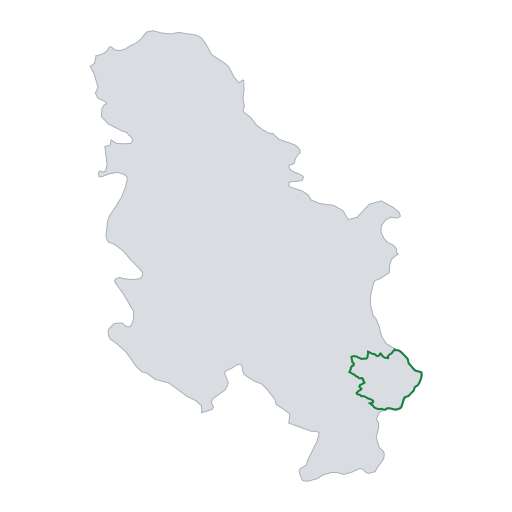 Republic of Serbia, with Pirotski highlighted
{"feature_id": "SRB-121", "entity_name": "Pirotski", "entity_type": "District", "adm_level": 1, "iso_a3": "SRB", "parent_name": "Republic of Serbia", "parent_adm1": "", "projection": "albers", "projection_center": [22.387, 43.137], "detail": "fine", "context": "in_parent", "style": "outline", "palette": "green", "viewbox_px": 512, "rotation_deg": 0, "n_neighbors": 0, "source": "natural_earth", "source_scale": "10m", "svg_char_len": 7515}
<svg xmlns="http://www.w3.org/2000/svg" viewBox="0 0 512 512"><path d="M289.1,186.7L302.2,191.0L308.2,195.0L311.3,200.1L319.7,203.6L333.4,205.3L342.9,210.6L348.2,219.5L357.0,217.4L369.2,204.3L381.1,200.9L392.8,207.1L399.2,212.3L400.3,216.3L397.6,218.0L391.0,217.2L385.7,219.8L381.5,225.5L380.9,231.7L383.8,238.3L388.0,242.8L393.4,245.2L396.3,248.6L396.7,253.0L398.1,254.2L395.0,256.2L391.7,259.2L389.8,264.4L389.3,272.7L378.8,279.3L374.9,280.5L373.1,284.8L370.3,297.0L370.7,306.2L372.1,310.9L372.8,314.7L376.2,319.4L379.3,326.6L381.4,336.1L386.0,343.4L397.8,350.6L403.6,354.8L408.0,360.9L411.3,366.4L421.1,373.7L420.4,378.9L418.3,384.0L416.1,386.4L411.2,393.0L406.5,396.8L398.7,408.4L386.4,409.1L383.4,410.0L378.8,413.2L376.5,419.0L378.7,423.6L378.5,428.3L376.2,437.5L379.2,447.3L383.6,451.7L384.3,454.3L383.6,458.9L377.0,468.2L375.1,471.7L368.5,473.4L366.2,472.5L362.8,469.3L359.7,468.4L351.9,472.1L343.9,474.4L337.6,472.6L331.4,472.4L327.1,473.9L323.9,474.5L317.5,478.5L307.3,481.3L302.6,480.6L300.8,476.8L299.0,471.4L299.9,468.9L306.7,464.7L307.5,460.7L317.1,441.1L318.9,434.7L319.0,432.7L316.6,431.3L311.4,431.3L288.8,423.1L289.9,413.9L283.3,409.0L276.2,404.5L275.0,399.6L267.2,389.5L261.5,383.9L254.1,381.0L247.7,376.9L243.9,374.3L242.3,369.7L242.4,366.9L240.5,364.2L237.4,364.5L232.1,368.0L225.6,371.1L224.5,373.3L226.7,378.9L228.3,382.4L227.4,385.7L225.3,389.8L212.7,398.8L211.2,402.0L213.5,407.2L211.9,409.6L201.4,412.8L201.8,409.9L201.3,405.4L195.4,400.4L187.1,396.4L168.9,383.0L161.8,381.1L155.4,379.4L146.4,372.9L141.8,371.7L136.7,367.1L125.9,351.8L116.5,343.4L110.1,339.0L108.4,335.0L108.2,330.8L108.5,329.5L113.7,323.8L117.5,323.1L122.4,323.1L125.6,326.2L129.8,327.0L132.3,323.3L133.7,317.9L133.4,311.0L123.8,294.5L115.4,283.0L114.5,280.5L116.5,278.4L119.6,277.4L122.8,278.5L131.3,279.6L139.5,278.8L142.4,276.2L142.6,272.5L139.7,269.0L130.4,259.5L123.3,251.1L114.7,244.5L108.3,241.8L106.5,238.5L105.9,235.1L106.8,228.9L107.6,221.1L109.3,216.2L115.5,207.0L121.4,197.3L125.2,187.9L127.3,179.1L126.8,176.5L123.9,174.5L117.9,172.4L109.3,173.7L102.0,176.7L99.2,176.8L98.4,172.8L99.6,171.1L101.8,171.4L103.7,172.2L105.7,170.5L107.1,165.2L104.9,146.5L110.3,145.1L110.5,142.4L111.1,140.0L116.5,143.5L124.3,143.8L131.1,143.4L132.2,141.6L132.3,139.0L130.9,136.8L128.6,135.1L126.9,132.4L122.3,131.1L108.2,123.9L101.4,116.5L101.9,108.9L104.1,104.9L106.7,103.5L106.0,102.1L98.1,98.3L95.4,93.3L98.0,87.1L94.3,74.3L90.2,66.3L94.7,63.1L95.5,58.4L96.0,55.6L97.7,55.7L104.8,52.8L107.5,50.3L109.1,47.3L110.8,46.6L115.3,50.1L120.2,50.6L125.8,48.7L130.1,45.9L135.1,43.7L137.4,42.1L140.4,39.6L146.4,32.1L153.0,30.7L161.7,33.0L171.2,33.9L178.3,32.4L196.2,35.1L200.0,37.0L202.4,39.1L207.0,45.8L211.3,54.4L217.5,58.5L224.9,63.4L228.7,66.9L234.2,77.3L238.6,82.4L240.0,82.2L241.6,80.9L242.7,79.9L243.8,80.8L243.8,83.9L244.0,90.8L242.8,98.2L244.2,105.1L244.2,107.3L243.1,109.2L243.2,111.0L244.7,112.9L250.8,117.6L256.3,124.8L262.8,129.9L268.9,133.2L272.7,133.5L278.9,139.3L291.4,143.6L295.3,145.1L298.0,147.4L300.0,150.2L300.1,153.1L298.2,154.5L295.4,158.4L294.3,163.2L292.3,164.4L290.3,164.5L288.8,165.9L289.1,168.0L290.7,170.0L293.3,171.8L298.3,173.6L303.2,176.3L303.1,178.4L302.1,180.6L295.8,181.4L291.1,181.7L289.0,182.6L289.1,186.7Z" fill="#d9dde1" stroke="#a8b0b8" stroke-width="1"/><path d="M394.6,349.5L395.1,350.0L395.9,350.3L397.5,350.2L398.3,350.3L399.6,350.9L400.0,351.2L400.8,351.7L406.7,357.7L407.8,359.2L408.1,360.1L408.3,362.2L408.6,363.1L409.1,363.9L411.1,365.9L413.3,368.8L414.5,370.0L416.0,370.9L420.1,371.8L421.5,372.4L421.6,373.7L421.8,375.2L420.9,379.0L419.4,382.7L417.7,385.3L417.0,385.9L415.6,386.5L414.9,387.2L414.5,388.0L413.9,390.1L413.5,390.9L410.0,394.3L408.9,395.9L407.8,396.3L405.5,396.9L404.6,397.5L404.0,398.4L403.5,399.9L402.0,405.4L401.5,406.7L401.5,406.9L400.5,408.1L398.0,409.2L395.4,409.8L389.1,408.1L386.8,408.4L385.7,409.2L385.3,409.8L385.2,409.8L383.8,409.6L383.5,409.5L382.8,409.4L382.5,409.3L381.9,409.0L381.6,408.9L381.2,408.9L380.6,408.9L379.6,409.1L379.3,409.1L378.7,409.1L378.3,409.1L378.0,409.0L377.4,408.7L377.1,408.7L376.4,408.5L376.2,408.4L375.6,408.0L375.4,407.9L374.8,407.7L374.3,407.4L374.0,407.1L373.7,406.7L373.3,406.3L373.2,406.1L372.9,405.5L372.8,405.3L372.6,405.2L372.3,405.0L371.8,404.8L371.5,404.6L371.3,404.5L370.4,403.8L369.8,403.3L371.3,403.0L372.2,402.7L372.6,402.5L372.8,402.4L373.1,402.2L373.3,401.8L373.3,401.6L373.3,401.3L373.1,401.1L373.0,400.9L372.8,400.6L372.4,400.3L371.4,399.6L371.2,399.5L370.2,399.0L370.0,398.9L369.7,398.8L368.8,398.8L368.6,398.8L368.4,398.8L368.2,398.6L367.7,398.2L367.0,397.8L366.4,397.5L364.7,396.6L364.0,396.3L363.6,396.1L363.3,396.1L363.0,396.1L362.6,396.1L362.3,396.1L361.8,396.3L361.6,396.2L361.4,396.2L361.2,396.0L360.9,395.8L360.5,395.3L360.3,395.1L360.1,395.0L359.7,394.8L359.4,394.7L358.4,394.6L358.0,394.5L357.8,394.3L357.1,393.9L356.9,393.7L356.7,393.5L356.6,393.3L356.6,393.1L356.6,392.9L356.7,392.7L357.9,391.8L358.0,391.6L358.2,391.3L358.4,391.1L358.5,391.0L359.1,390.6L359.3,390.5L360.0,390.3L360.3,390.1L360.7,389.6L361.3,389.1L361.3,388.9L361.4,388.7L360.4,387.8L359.9,387.4L359.4,386.8L359.4,386.6L359.6,385.7L359.8,385.4L359.9,385.2L360.4,384.9L361.0,384.6L361.6,384.4L361.9,384.2L362.3,383.9L363.7,383.2L364.5,382.7L363.4,380.4L363.2,380.2L362.9,379.9L362.8,379.7L363.0,379.2L362.9,378.8L362.8,378.7L362.3,378.3L362.1,378.1L361.8,378.0L361.6,378.0L361.2,378.1L360.7,378.3L360.4,378.4L360.0,378.4L359.7,378.4L359.4,378.3L359.1,378.2L358.7,378.0L358.5,377.8L358.3,377.6L357.9,376.9L357.7,376.8L357.6,376.7L357.4,376.7L357.1,376.7L356.9,376.7L356.7,376.6L356.3,376.4L355.9,376.1L355.3,375.6L354.7,374.9L354.4,374.7L354.1,374.5L353.3,374.3L353.1,374.2L352.9,374.1L352.1,373.6L351.4,373.0L351.2,372.9L349.4,372.1L349.9,371.0L350.4,369.9L350.8,369.2L350.9,368.8L350.7,367.9L350.8,367.7L351.0,367.4L351.4,366.9L351.6,366.8L351.7,366.6L351.8,366.2L352.0,365.9L352.3,365.7L352.5,365.7L353.1,365.7L353.4,365.6L353.5,365.5L353.6,365.3L353.8,364.9L353.9,364.7L353.7,364.1L353.6,363.5L353.6,363.3L353.6,363.1L353.4,363.0L352.8,362.6L352.5,362.4L352.3,362.2L352.2,362.0L352.1,361.8L352.1,361.6L352.2,361.0L352.2,360.8L352.2,360.5L351.9,359.6L351.8,359.3L351.6,358.0L351.4,356.8L352.5,356.5L353.4,356.2L353.7,356.1L353.9,356.1L354.1,356.1L354.8,356.2L355.7,356.4L356.5,356.5L357.1,356.7L357.3,356.9L358.1,357.5L358.3,357.6L358.7,357.7L359.5,357.9L359.8,358.0L360.0,358.2L360.5,358.5L361.2,358.8L361.4,358.9L361.7,358.9L362.2,358.9L362.8,358.8L363.5,358.7L365.2,358.7L365.5,358.7L365.8,358.6L366.7,358.4L366.9,358.3L367.0,358.2L367.2,357.9L367.4,357.1L367.7,356.2L367.7,355.8L367.7,355.2L367.7,354.9L367.7,354.7L367.8,354.5L368.1,354.0L368.1,353.9L368.1,353.7L368.1,353.1L368.0,351.7L369.9,352.4L370.0,352.5L370.5,352.9L370.8,353.1L371.2,353.3L371.9,353.5L372.7,353.9L373.1,354.0L373.3,354.0L373.8,353.9L374.0,353.9L374.4,354.0L374.5,354.1L375.0,354.5L376.9,356.0L377.0,355.9L377.5,355.8L378.3,355.8L378.5,355.8L378.7,355.7L378.9,355.7L379.1,355.5L379.3,355.2L379.6,354.7L380.1,353.7L380.3,353.5L380.4,353.4L380.6,353.4L380.8,353.5L381.1,353.9L381.3,354.2L381.7,355.0L381.9,355.3L382.7,356.1L383.2,356.7L383.5,357.0L384.2,357.3L384.7,357.7L384.9,357.7L385.8,357.8L386.0,357.8L387.5,358.1L387.9,358.2L388.0,358.1L388.2,357.9L388.2,357.7L387.9,356.8L387.9,356.6L387.9,356.4L388.0,356.1L388.2,355.9L388.7,355.4L389.9,354.2L390.2,354.0L391.2,353.6L391.4,353.5L391.6,353.3L391.8,353.1L392.2,352.5L392.6,352.0L392.9,351.5L393.3,351.1L393.9,350.3L394.0,350.3L394.6,349.5L394.6,349.5Z" fill="none" stroke="#15803d" stroke-width="2"/></svg>